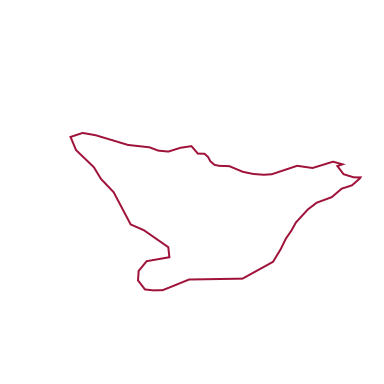 outline of Grand Casablanca, rotated 34°
{"feature_id": "MAR-1450", "entity_name": "Grand Casablanca", "entity_type": "Region", "adm_level": 1, "iso_a3": "MAR", "parent_name": "Morocco", "parent_adm1": "", "projection": "mercator", "projection_center": [-7.577, 33.547], "detail": "fine", "context": "isolated", "style": "outline", "palette": "rose", "viewbox_px": 384, "rotation_deg": 34, "n_neighbors": 0, "source": "natural_earth", "source_scale": "10m", "svg_char_len": 845}
<svg xmlns="http://www.w3.org/2000/svg" viewBox="0 0 384 384"><g transform="rotate(34 192 192)"><path d="M60.5,214.3L68.3,204.2L80.4,198.8L112.6,188.8L131.8,178.7L140.8,176.6L149.8,171.7L157.8,161.7L165.9,154.3L175.4,156.9L181.0,153.3L185.7,154.0L190.2,156.3L195.5,156.9L200.1,155.0L208.5,149.7L222.7,146.9L232.7,142.8L241.8,137.6L248.2,132.7L264.5,111.5L278.5,104.7L292.0,88.0L301.3,84.9L298.0,89.2L307.7,92.5L317.9,89.4L323.5,85.7L323.5,87.0L320.9,97.0L314.2,105.6L310.8,118.0L301.3,131.2L297.8,141.7L295.2,159.1L296.0,168.6L295.9,178.2L297.5,189.7L298.2,204.6L282.3,235.6L238.5,266.2L222.6,289.8L214.9,295.2L207.5,299.1L196.7,295.5L191.9,287.3L193.1,274.7L209.7,258.7L203.2,251.0L173.5,250.6L159.3,253.2L127.2,236.0L109.3,232.1L96.7,226.3L72.4,222.1L61.2,214.7L60.5,214.3L60.5,214.3Z" fill="none" stroke="#9f1239" stroke-width="2"/></g></svg>